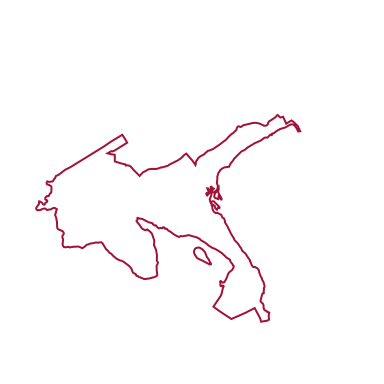 the district of Port Vila, Shefa, Vanuatu, rotated 300°
{"feature_id": "77236927B39670792397739", "entity_name": "Port Vila", "entity_type": "district", "adm_level": 2, "iso_a3": "VUT", "parent_name": "Vanuatu", "parent_adm1": "Shefa", "projection": "orthographic", "projection_center": [168.318, -17.732], "detail": "fine", "context": "isolated", "style": "outline", "palette": "rose", "viewbox_px": 384, "rotation_deg": 300, "n_neighbors": 0, "source": "geoboundaries", "source_scale": "gbopen_adm2", "svg_char_len": 6030}
<svg xmlns="http://www.w3.org/2000/svg" viewBox="0 0 384 384"><g transform="rotate(300 192 192)"><path d="M131.0,65.5L129.2,63.0L128.9,61.4L127.3,61.4L126.4,62.2L126.2,62.9L126.6,64.8L126.6,66.9L126.4,67.5L125.2,68.3L121.5,70.2L120.9,70.3L120.0,69.8L116.9,69.9L115.7,68.2L113.2,68.0L112.2,68.7L112.3,70.6L111.8,71.3L111.5,71.4L110.7,71.3L109.5,70.5L108.1,70.6L107.2,70.5L106.9,70.1L106.9,69.2L107.7,67.5L107.8,65.3L107.5,64.3L104.9,65.5L102.2,65.1L100.1,65.1L99.0,66.3L98.9,67.1L100.5,69.6L102.5,70.9L103.8,72.2L104.2,73.1L104.2,74.1L103.9,75.1L104.1,75.8L105.0,76.5L106.1,78.2L108.3,79.5L109.4,80.7L109.6,81.3L109.5,83.6L106.5,84.1L105.9,84.6L104.8,84.6L103.7,84.9L101.3,87.8L100.0,88.6L99.0,89.8L94.4,92.6L93.2,93.7L92.8,94.6L93.4,99.4L92.9,100.7L92.1,101.7L91.0,101.9L89.2,101.7L88.3,102.1L87.2,103.3L85.9,104.4L81.8,106.1L80.5,107.9L80.3,108.8L81.2,110.6L82.7,112.3L82.9,113.9L85.8,117.3L86.0,118.1L87.5,119.9L88.2,121.9L88.5,125.1L90.7,126.3L93.7,127.2L94.6,128.3L96.4,129.6L98.5,132.3L99.9,133.5L101.3,136.2L102.4,137.5L103.1,138.8L102.9,140.0L99.6,146.0L99.1,148.4L98.1,150.9L98.1,153.2L97.3,155.6L96.5,159.8L96.7,163.8L97.2,165.1L97.4,167.2L96.5,174.7L95.2,178.2L94.0,179.2L92.7,181.2L92.6,183.0L92.9,184.1L91.7,185.7L91.7,186.2L92.2,186.9L91.8,188.1L91.8,188.9L92.2,189.9L92.7,194.1L93.8,195.8L94.9,196.9L95.3,197.8L98.1,200.5L98.7,201.3L101.4,203.4L102.6,203.4L103.2,203.2L105.7,201.2L109.9,198.5L111.0,198.1L112.6,198.1L114.0,197.7L114.6,196.4L115.2,195.7L119.7,193.3L124.0,189.7L126.9,185.7L131.1,183.6L135.2,179.0L136.2,177.4L136.7,175.6L137.2,171.9L135.9,171.2L135.5,170.5L135.3,168.0L135.5,166.6L137.3,162.9L138.8,158.7L139.1,158.4L140.6,158.7L141.6,158.3L142.0,157.7L142.5,157.9L142.8,159.9L143.8,162.5L144.1,169.7L145.1,172.8L145.1,173.7L144.5,174.4L144.3,175.3L144.5,176.8L145.0,177.2L145.0,177.6L144.3,179.2L143.9,181.5L145.2,182.7L145.9,184.5L146.8,184.5L147.4,185.4L147.4,185.9L146.7,186.7L146.7,187.1L147.4,188.1L147.4,189.0L146.8,190.0L146.8,193.2L146.2,198.3L146.4,202.3L146.6,203.3L148.0,204.0L148.5,205.2L149.4,206.6L153.0,210.7L155.2,219.3L155.1,220.9L155.3,222.1L154.7,223.5L154.7,229.0L153.9,233.7L153.8,238.3L154.2,239.3L154.3,244.2L154.0,248.5L152.4,255.1L152.4,258.6L150.8,260.2L150.0,262.6L149.5,263.6L148.9,264.1L148.8,265.0L148.5,265.3L147.5,265.7L145.5,265.8L144.6,265.7L141.2,264.4L139.1,264.2L137.0,264.7L133.6,265.1L130.1,265.1L128.9,264.0L129.2,261.5L129.1,261.2L128.4,261.2L127.5,262.0L125.6,263.1L125.0,263.7L125.0,264.4L126.3,265.3L126.3,266.2L126.0,266.7L124.5,266.7L118.8,268.5L116.7,268.8L103.4,267.9L102.6,274.8L101.7,289.6L114.1,298.7L122.8,304.3L116.7,314.2L114.2,316.7L118.3,321.6L120.0,322.6L121.5,321.4L123.8,320.0L126.1,319.3L126.2,318.3L125.7,317.4L126.2,316.3L126.0,315.7L126.1,313.5L127.2,312.2L130.1,310.2L130.7,309.2L131.3,306.8L132.0,305.7L139.0,303.8L139.7,304.0L139.9,304.6L140.2,304.8L142.1,303.6L143.8,303.0L144.5,302.3L145.9,302.3L147.3,301.5L150.0,298.6L151.1,296.6L152.6,295.2L153.1,294.0L154.8,291.8L155.9,290.5L157.3,289.4L158.1,288.2L158.7,286.2L158.5,285.3L158.6,284.2L157.7,282.8L157.8,281.7L158.9,279.8L160.5,277.9L161.0,276.8L161.8,276.5L162.1,276.0L162.9,273.9L165.4,269.2L166.2,264.8L168.0,262.5L168.5,260.9L170.1,258.1L171.7,252.7L172.9,251.3L175.2,246.9L180.2,239.5L182.1,235.9L182.5,235.4L183.3,235.1L185.1,233.1L185.0,231.3L186.9,228.7L186.6,224.3L185.6,223.2L185.8,221.0L186.7,219.2L188.4,217.5L189.4,217.0L190.5,215.4L191.4,215.0L192.2,213.2L194.2,211.2L195.2,210.8L197.8,210.6L199.2,210.2L200.1,209.8L201.0,208.5L200.8,207.9L196.5,206.9L196.5,206.5L197.7,205.2L198.4,205.2L198.8,206.2L199.9,206.4L200.7,206.0L202.8,203.4L203.1,204.2L202.2,205.8L202.2,206.6L202.6,207.2L203.4,207.5L205.1,205.9L205.8,205.8L206.3,206.2L206.2,206.6L205.3,207.5L205.4,208.1L205.9,208.7L205.8,209.2L203.4,208.8L202.9,209.0L202.1,210.2L202.2,210.7L202.6,211.3L206.5,212.5L207.3,212.5L210.1,211.5L212.1,209.1L216.7,207.1L217.7,206.3L221.5,205.4L225.3,205.6L226.8,206.1L229.4,207.6L232.4,211.5L236.3,211.2L239.1,211.7L242.2,211.9L251.8,214.5L254.8,216.6L258.1,217.8L265.6,221.9L270.9,225.8L275.0,227.5L276.0,228.5L276.9,230.2L280.7,231.1L281.1,231.4L281.1,232.6L281.8,232.6L282.2,232.2L282.8,232.3L284.1,233.7L286.1,234.3L290.5,236.7L294.6,240.6L297.4,242.1L300.2,244.1L301.0,245.6L301.0,246.5L300.3,249.0L299.2,251.2L297.5,253.6L298.7,255.3L301.9,250.8L303.4,245.3L303.7,242.4L298.3,239.4L302.7,233.3L300.8,231.5L300.8,230.1L301.3,228.8L301.4,227.5L298.0,226.7L291.5,223.4L290.3,223.3L288.9,223.8L287.3,223.5L286.1,222.5L285.3,220.9L285.4,219.9L284.9,215.7L283.8,212.6L282.2,210.2L275.4,203.0L273.0,202.0L272.5,201.3L272.4,199.8L271.4,198.9L270.3,198.8L267.5,199.4L265.2,198.5L263.8,198.3L261.8,197.2L258.1,196.1L254.6,195.4L246.6,192.1L239.7,188.7L237.3,186.9L235.6,185.2L230.2,183.4L227.9,181.9L226.0,180.9L224.1,180.5L220.1,180.2L218.8,181.0L217.1,181.5L219.4,176.6L222.4,167.9L220.3,166.8L216.3,165.8L212.6,164.1L204.5,158.8L202.7,158.0L198.3,153.8L197.8,152.8L196.6,152.0L194.1,149.6L191.9,145.6L189.9,143.0L184.4,139.7L179.7,138.6L181.8,130.8L183.4,126.1L183.5,124.8L182.8,122.6L181.8,121.3L182.6,120.5L181.1,115.5L179.9,109.9L185.6,106.5L184.4,103.4L183.3,99.6L187.0,101.7L187.5,103.0L189.5,104.4L202.3,111.2L204.7,107.0L206.7,103.0L194.8,96.5L187.1,92.8L152.4,74.1L147.9,71.1L140.2,67.9L137.7,66.1L135.7,66.5L134.0,66.1L132.2,66.2L131.0,65.5ZM137.7,233.8L138.1,243.7L138.8,244.5L139.4,244.3L140.2,242.6L141.7,240.6L143.3,237.2L146.3,233.4L147.1,231.4L147.6,229.3L147.6,226.8L147.3,225.5L145.2,223.3L144.5,223.1L142.9,223.1L141.2,223.6L140.3,224.3L139.0,226.0L137.4,229.4L137.3,231.3L137.7,233.8ZM208.8,213.1L205.4,213.2L202.2,212.7L200.8,212.9L198.9,213.7L198.4,215.1L199.0,218.3L200.1,218.1L201.0,217.3L202.0,217.0L201.8,217.7L200.0,220.9L200.2,221.3L200.9,221.1L201.6,220.2L204.0,216.1L205.0,214.8L205.6,214.4L207.7,213.8L208.8,213.1ZM191.3,218.6L189.5,220.5L189.1,222.4L191.2,222.3L191.6,223.5L192.1,223.8L192.8,223.1L194.8,215.5L194.1,214.2L192.9,213.3L192.0,214.3L191.4,215.5L191.5,216.5L191.3,218.6Z" fill="none" stroke="#9f1239" stroke-width="2"/></g></svg>